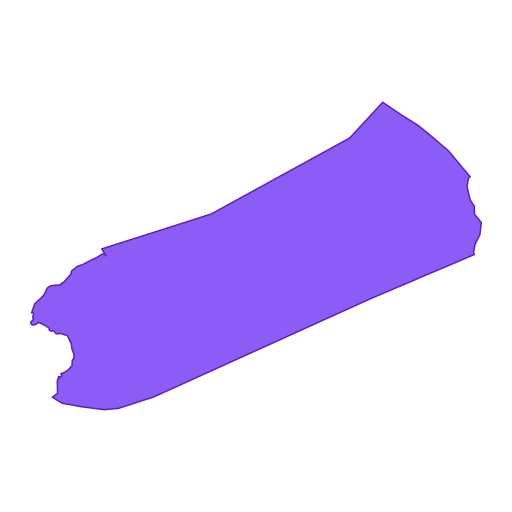 the district of San Martín Toxpalan, Oaxaca, Mexico
{"feature_id": "50627088B90534025673228", "entity_name": "San Martín Toxpalan", "entity_type": "district", "adm_level": 2, "iso_a3": "MEX", "parent_name": "Mexico", "parent_adm1": "Oaxaca", "projection": "mercator", "projection_center": [-97.067, 18.11], "detail": "fine", "context": "isolated", "style": "filled", "palette": "violet", "viewbox_px": 512, "rotation_deg": 0, "n_neighbors": 0, "source": "geoboundaries", "source_scale": "gbopen_adm2", "svg_char_len": 2173}
<svg xmlns="http://www.w3.org/2000/svg" viewBox="0 0 512 512"><path d="M474.2,254.6L473.6,252.4L474.1,249.6L475.0,244.4L475.9,242.6L479.9,234.6L481.3,222.6L475.7,215.7L474.5,214.2L474.3,206.2L470.3,200.2L467.0,186.9L468.0,180.7L468.7,177.8L470.2,176.9L448.6,151.0L428.9,134.1L417.6,125.1L400.9,114.6L382.7,102.3L349.8,137.9L312.1,158.6L211.2,214.0L146.0,234.8L111.4,245.8L110.7,246.1L109.5,246.5L106.6,247.4L101.8,248.9L106.2,256.3L104.6,254.3L104.4,254.0L104.0,253.6L102.4,254.0L97.0,257.4L90.6,260.4L90.4,260.5L84.8,263.4L82.8,264.5L77.4,266.3L72.3,270.4L71.5,271.0L70.8,274.4L68.8,276.5L66.6,279.0L62.7,283.2L62.1,283.1L61.9,283.3L61.1,283.9L60.6,284.3L60.1,284.7L59.3,284.9L58.5,285.0L56.5,285.2L55.9,285.3L53.8,285.3L50.5,286.0L47.6,287.6L46.3,290.3L44.9,293.3L44.3,294.2L43.0,295.9L41.5,297.5L41.1,297.9L36.9,301.8L36.0,302.6L34.8,303.7L31.6,312.7L31.7,312.9L32.6,312.6L33.0,312.6L33.5,313.5L33.7,313.8L32.8,316.6L32.9,317.4L33.3,319.4L33.0,320.0L31.6,321.3L30.7,322.1L31.1,323.8L31.9,324.7L33.4,325.1L34.6,324.7L36.6,324.0L37.8,323.0L38.6,322.4L39.1,322.5L41.0,323.5L44.9,325.3L47.2,327.0L48.1,327.2L49.0,328.2L49.2,328.6L49.2,330.0L50.4,330.8L51.1,331.1L53.7,330.8L53.9,330.9L55.6,333.2L56.0,333.5L57.5,333.9L60.2,333.5L60.7,333.5L66.1,335.2L67.1,335.6L67.3,335.7L67.5,335.9L67.6,336.0L71.2,343.5L71.9,348.7L72.7,351.1L73.5,353.1L73.8,354.1L74.0,356.6L73.6,358.4L73.5,358.8L73.3,358.9L72.3,360.3L72.0,364.9L72.0,365.9L71.8,366.0L71.7,366.1L71.2,366.5L70.3,367.6L70.2,367.6L69.9,368.4L66.7,370.9L65.3,371.9L64.9,372.1L63.6,372.5L63.3,373.0L63.2,373.1L61.7,373.2L60.8,373.8L60.9,374.1L61.7,375.0L61.8,375.4L61.5,376.4L61.1,376.8L60.6,377.0L59.1,376.6L58.8,376.5L58.5,376.6L58.3,376.9L58.9,377.9L58.8,378.6L58.5,378.7L57.7,378.9L57.3,382.0L57.5,393.3L52.4,397.2L62.1,403.2L81.3,406.7L104.3,409.7L118.3,408.4L120.5,407.7L127.3,405.5L128.9,405.0L134.6,403.2L135.8,402.8L136.2,402.6L140.9,401.1L144.5,399.9L147.2,399.1L153.1,397.2L293.7,333.5L314.4,324.1L370.3,298.8L374.8,296.9L382.9,293.4L389.6,290.6L396.3,287.7L399.2,286.5L405.8,283.7L417.7,278.6L423.3,276.2L430.9,273.0L456.8,262.0L458.8,261.1L474.2,254.6Z" fill="#8b5cf6" stroke="#5b21b6" stroke-width="1.5"/></svg>